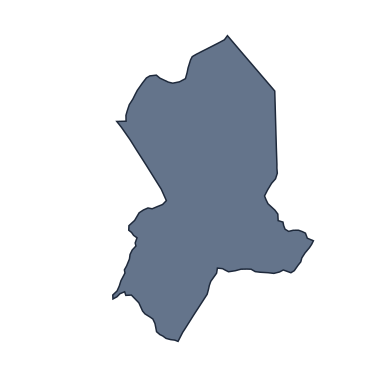 Caetés, Pernambuco, Brazil (Equal Earth projection), rotated 58°
{"feature_id": "56859067B96397731147508", "entity_name": "Caetés", "entity_type": "district", "adm_level": 2, "iso_a3": "BRA", "parent_name": "Brazil", "parent_adm1": "Pernambuco", "projection": "equal_earth", "projection_center": [-36.636, -8.815], "detail": "fine", "context": "isolated", "style": "filled", "palette": "slate", "viewbox_px": 384, "rotation_deg": 58, "n_neighbors": 0, "source": "geoboundaries", "source_scale": "gbopen_adm2", "svg_char_len": 1732}
<svg xmlns="http://www.w3.org/2000/svg" viewBox="0 0 384 384"><g transform="rotate(58 192 192)"><path d="M312.9,150.9L312.9,146.9L310.3,140.8L308.9,136.8L306.1,133.8L303.6,128.5L301.4,121.8L299.8,118.3L297.7,114.9L292.3,118.7L287.0,117.6L284.1,119.4L280.9,121.9L278.1,126.4L276.6,130.9L272.9,132.8L269.2,132.1L265.7,130.8L261.9,134.1L256.2,130.9L251.3,131.3L242.2,133.8L237.7,133.3L233.8,132.6L230.3,126.8L226.8,119.9L225.1,114.2L221.3,109.7L216.8,107.4L213.5,105.3L200.0,97.5L188.9,91.0L150.2,68.3L97.9,76.2L78.2,79.1L80.1,83.9L79.6,91.0L77.5,114.9L77.3,120.0L79.2,123.2L84.7,129.6L88.1,132.8L92.4,137.5L91.9,144.3L89.5,150.7L86.2,153.9L78.4,158.9L74.0,160.3L71.2,166.2L71.1,170.2L73.3,176.2L76.8,184.5L79.2,188.6L81.9,193.0L84.7,198.9L89.1,204.2L92.0,207.4L97.0,210.4L92.3,218.4L99.5,217.6L114.9,216.8L126.4,216.8L144.4,216.6L167.0,216.6L173.4,216.6L185.7,218.3L187.0,223.6L186.0,229.2L185.1,234.7L182.2,237.8L181.5,242.7L181.6,247.8L185.7,255.7L187.1,263.3L190.9,265.9L194.3,264.7L197.9,264.5L201.7,262.9L205.1,267.2L208.1,268.2L209.5,273.4L212.1,277.6L215.7,280.6L220.0,286.6L222.2,290.6L225.2,291.8L229.6,299.3L233.2,303.5L236.2,308.0L237.4,313.8L240.8,315.7L241.1,311.2L240.1,307.0L240.9,302.0L244.6,302.9L247.3,298.0L257.8,295.8L266.8,297.0L270.4,296.5L275.7,293.9L279.0,292.5L283.9,293.1L288.4,294.8L291.7,296.1L295.9,294.8L298.6,293.1L302.4,291.6L305.8,288.4L308.5,285.1L311.3,283.0L306.1,274.3L304.3,270.4L297.2,255.7L286.8,233.4L283.3,229.6L280.5,226.9L277.7,223.4L273.9,214.2L270.0,210.8L273.2,206.7L275.9,205.2L279.0,203.3L281.7,197.0L283.4,191.4L286.5,186.2L288.8,182.8L293.0,180.6L296.1,176.8L300.8,170.2L304.4,165.7L306.2,160.2L306.5,155.9L312.9,150.9Z" fill="#64748b" stroke="#1e293b" stroke-width="1.5"/></g></svg>